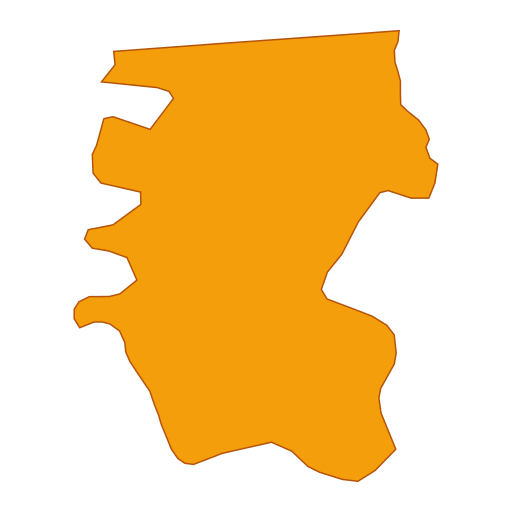 Nova Roma do Sul, Rio Grande do Sul, Brazil (Mercator projection)
{"feature_id": "56859067B38102631450434", "entity_name": "Nova Roma do Sul", "entity_type": "district", "adm_level": 2, "iso_a3": "BRA", "parent_name": "Brazil", "parent_adm1": "Rio Grande do Sul", "projection": "mercator", "projection_center": [-51.414, -28.994], "detail": "fine", "context": "isolated", "style": "filled", "palette": "amber", "viewbox_px": 512, "rotation_deg": 0, "n_neighbors": 0, "source": "geoboundaries", "source_scale": "gbopen_adm2", "svg_char_len": 1243}
<svg xmlns="http://www.w3.org/2000/svg" viewBox="0 0 512 512"><path d="M113.7,51.4L115.1,64.6L101.5,81.9L157.3,87.6L169.0,91.4L173.5,98.4L150.1,129.4L113.0,116.7L103.9,118.7L96.5,145.5L92.3,154.5L93.1,173.2L101.0,183.1L140.6,192.1L140.9,204.4L112.9,224.9L88.2,229.7L84.6,239.2L92.3,248.2L108.9,251.0L127.0,257.6L136.9,280.1L119.9,293.9L109.3,296.5L98.6,296.6L89.4,296.6L78.9,301.8L74.2,309.3L74.2,318.8L79.7,327.7L94.1,322.0L102.3,322.0L110.0,324.0L119.6,331.0L124.9,342.7L125.7,351.7L129.7,361.1L136.9,372.1L149.9,391.3L154.4,404.6L158.6,415.2L161.2,424.2L166.9,438.0L171.4,449.2L178.0,458.7L184.9,463.3L193.6,464.4L222.1,453.4L230.3,451.5L271.4,442.2L291.8,451.2L308.1,466.6L319.7,472.3L342.3,479.4L357.9,481.3L375.2,470.4L395.8,449.2L381.0,413.0L378.9,397.9L380.7,388.4L394.3,364.0L396.2,353.2L394.2,334.8L386.8,325.3L372.3,316.3L364.5,313.2L336.9,302.7L327.1,299.0L321.3,289.5L327.4,272.1L341.8,254.3L358.4,221.8L379.9,192.6L388.1,190.6L411.0,198.1L428.8,198.1L434.9,183.1L437.8,164.2L429.9,158.2L425.9,147.3L429.3,139.3L425.9,129.9L418.5,120.0L407.3,111.0L400.7,104.6L400.4,93.2L400.4,81.0L397.8,71.1L395.0,62.3L394.3,50.5L398.0,41.5L399.1,30.7L333.2,35.5L227.4,43.0L113.7,51.4Z" fill="#f59e0b" stroke="#b45309" stroke-width="1.5"/></svg>